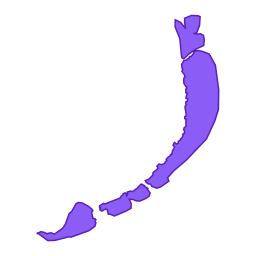 the district of Nukuoro, Federated States of Micronesia
{"feature_id": "79324940B42418796879204", "entity_name": "Nukuoro", "entity_type": "district", "adm_level": 2, "iso_a3": "FSM", "parent_name": "Federated States of Micronesia", "parent_adm1": "", "projection": "orthographic", "projection_center": [154.968, 3.838], "detail": "fine", "context": "isolated", "style": "filled", "palette": "violet", "viewbox_px": 256, "rotation_deg": 0, "n_neighbors": 0, "source": "geoboundaries", "source_scale": "gbopen_adm2", "svg_char_len": 2481}
<svg xmlns="http://www.w3.org/2000/svg" viewBox="0 0 256 256"><path d="M215.4,65.2L209.3,54.0L202.3,51.4L198.2,50.5L195.6,51.0L193.8,52.2L193.4,53.8L191.2,56.4L190.0,56.4L189.1,57.2L189.1,58.5L187.5,58.8L186.7,60.2L183.9,60.4L182.3,63.5L181.6,64.3L182.1,68.3L182.8,69.0L181.9,71.4L184.1,74.3L185.2,76.9L184.2,77.5L183.7,79.5L183.9,83.3L185.9,86.7L186.8,86.9L186.7,88.0L185.8,89.1L185.9,92.9L187.4,93.2L186.0,97.2L186.0,98.3L187.7,98.7L187.3,101.0L186.0,101.7L185.7,103.2L186.2,104.6L185.4,105.6L185.0,107.4L186.2,114.1L186.1,115.8L184.7,116.7L184.8,118.7L186.0,119.2L185.9,120.8L186.0,126.0L184.0,128.0L183.7,129.8L184.6,131.1L184.5,133.2L183.3,133.6L182.8,134.6L183.2,135.2L181.7,138.2L181.0,138.4L180.5,139.2L180.5,140.0L178.3,141.3L178.2,143.2L176.6,144.0L174.5,142.4L173.0,145.2L174.7,147.1L172.5,150.8L171.7,154.6L170.6,154.5L170.0,155.9L167.7,157.5L166.2,159.5L166.8,160.6L165.6,161.5L164.4,163.6L161.5,164.7L159.0,164.0L156.9,166.1L158.1,168.0L156.7,169.7L153.1,172.4L152.8,175.1L149.2,178.8L145.2,180.7L146.2,182.4L148.2,183.9L150.6,184.1L151.7,186.3L156.8,188.2L160.7,186.9L168.9,181.1L167.6,177.7L174.2,170.4L186.3,160.1L206.5,138.9L214.8,120.9L218.4,109.5L218.7,89.8L215.4,65.2ZM71.1,237.1L88.9,230.7L94.9,226.3L95.9,222.8L95.2,221.6L95.9,219.6L94.9,218.7L93.0,218.4L92.0,214.3L91.7,212.1L92.8,210.8L92.0,209.2L88.0,206.0L82.4,203.0L78.2,202.5L76.0,203.7L71.7,211.4L69.2,213.5L65.3,224.3L62.6,228.3L55.0,233.7L54.1,233.9L51.0,232.8L48.1,233.3L47.2,233.8L43.9,232.3L40.6,231.7L38.9,232.8L37.4,233.0L37.3,233.6L38.6,233.8L47.8,240.6L54.9,240.4L68.5,236.9L71.1,237.1ZM180.8,22.5L175.3,19.8L175.1,26.7L179.8,38.6L181.3,53.7L181.8,57.6L183.8,58.7L185.7,57.2L188.0,54.6L191.1,52.5L193.7,50.4L195.7,49.5L197.0,48.6L203.7,45.5L204.3,40.0L203.4,35.3L200.8,33.9L196.1,34.0L194.5,33.6L197.0,32.1L199.5,25.6L200.1,16.7L198.2,15.8L191.6,15.4L184.8,18.2L184.6,22.5L185.6,28.7L180.8,22.5ZM144.7,185.8L141.9,184.3L141.1,184.1L137.1,188.3L132.5,191.6L130.3,191.1L127.4,192.0L127.2,193.3L127.7,194.1L126.7,195.9L126.0,193.3L125.0,192.8L123.1,193.8L123.0,194.7L121.3,196.0L120.0,198.1L105.2,203.8L103.4,203.4L99.9,205.6L99.4,206.8L99.8,207.4L100.3,207.6L100.4,208.6L99.8,208.9L100.2,210.1L101.9,211.1L105.1,209.2L107.2,209.5L108.3,214.2L110.5,214.3L114.4,216.0L126.4,210.9L131.1,208.2L131.1,203.5L129.3,199.3L132.8,199.4L136.4,200.9L140.0,201.0L145.3,198.7L149.2,196.1L150.1,192.9L147.2,188.9L147.8,188.4L144.4,186.3L144.7,185.8Z" fill="#8b5cf6" stroke="#5b21b6" stroke-width="1.5"/></svg>